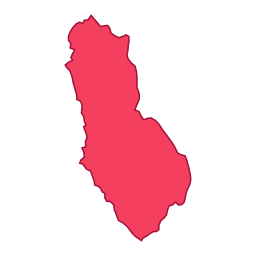 Glaucilândia, Minas Gerais, Brazil (Equal Earth projection)
{"feature_id": "56859067B44524669514227", "entity_name": "Glaucilândia", "entity_type": "district", "adm_level": 2, "iso_a3": "BRA", "parent_name": "Brazil", "parent_adm1": "Minas Gerais", "projection": "equal_earth", "projection_center": [-43.642, -16.9], "detail": "fine", "context": "isolated", "style": "filled", "palette": "rose", "viewbox_px": 256, "rotation_deg": 0, "n_neighbors": 0, "source": "geoboundaries", "source_scale": "gbopen_adm2", "svg_char_len": 1694}
<svg xmlns="http://www.w3.org/2000/svg" viewBox="0 0 256 256"><path d="M79.6,163.2L82.7,164.1L86.6,169.2L90.5,171.0L92.4,176.1L94.0,180.3L94.8,185.1L98.1,186.2L100.7,188.4L102.1,191.7L104.8,193.5L104.9,198.0L106.7,201.3L110.6,201.7L113.6,204.8L114.5,210.1L116.5,215.2L118.4,220.3L122.9,222.9L126.7,226.0L129.4,229.5L132.1,233.0L135.3,236.4L138.2,238.2L141.4,240.6L143.4,237.7L146.2,236.4L149.7,233.7L153.5,231.6L156.5,231.5L158.9,229.5L158.9,225.1L160.9,220.7L164.0,218.0L166.5,214.8L167.3,210.9L168.9,206.0L172.7,204.8L175.5,202.1L178.5,205.0L181.8,204.6L184.2,202.1L185.2,198.4L185.8,194.5L187.3,189.7L189.9,184.2L190.8,179.0L190.2,174.5L189.2,169.4L187.9,164.3L186.6,159.6L184.9,155.7L180.2,154.5L177.5,152.7L175.7,149.0L173.8,145.3L171.4,141.7L167.3,136.1L164.4,132.2L162.0,129.0L159.3,124.7L155.6,120.6L151.0,117.9L147.4,118.4L143.7,119.8L140.8,115.5L138.9,111.4L134.8,110.0L136.2,106.3L137.9,102.6L139.2,99.0L139.4,94.9L138.5,91.6L137.0,87.7L137.0,82.8L137.0,77.7L136.3,71.0L135.0,66.1L131.5,63.2L128.3,59.3L127.0,55.4L128.0,49.5L128.3,45.1L129.0,41.2L128.9,36.5L125.9,34.8L122.9,36.4L118.7,37.7L114.6,35.6L111.0,33.1L109.8,28.3L107.6,25.4L104.4,25.8L100.4,26.5L97.3,22.6L94.6,19.5L91.1,15.4L88.1,19.9L84.4,20.2L82.6,23.6L79.7,22.2L76.3,23.8L72.8,27.7L70.3,31.5L68.4,36.6L68.6,40.6L70.7,43.2L70.2,48.1L74.7,49.7L72.5,53.8L70.9,57.7L72.5,60.5L68.8,62.0L65.2,65.1L67.2,68.1L69.8,70.6L71.5,75.1L72.6,79.1L73.2,82.8L74.2,86.1L75.5,90.8L76.8,95.3L76.8,99.5L80.6,101.2L82.2,105.8L81.4,113.0L83.7,116.5L84.3,121.4L86.1,124.9L83.6,126.8L85.9,132.7L87.1,137.4L85.4,141.7L85.7,146.9L81.9,147.8L83.7,151.7L84.4,157.1L81.2,159.6L79.6,163.2Z" fill="#f43f5e" stroke="#9f1239" stroke-width="1.5"/></svg>